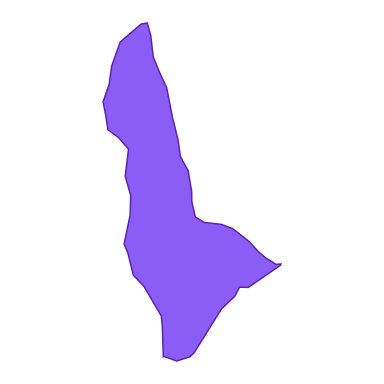 the district of Suhag-2, Suhaj, Egypt
{"feature_id": "37247803B53988405424911", "entity_name": "Suhag-2", "entity_type": "district", "adm_level": 2, "iso_a3": "EGY", "parent_name": "Egypt", "parent_adm1": "Suhaj", "projection": "mercator", "projection_center": [31.705, 26.543], "detail": "fine", "context": "isolated", "style": "filled", "palette": "violet", "viewbox_px": 384, "rotation_deg": 0, "n_neighbors": 0, "source": "geoboundaries", "source_scale": "gbopen_adm2", "svg_char_len": 840}
<svg xmlns="http://www.w3.org/2000/svg" viewBox="0 0 384 384"><path d="M163.3,356.6L163.6,356.3L176.7,361.0L189.9,356.8L194.3,352.5L221.5,308.9L235.0,296.0L239.5,287.2L248.3,287.4L278.0,266.9L280.5,265.2L280.7,264.4L280.9,264.0L276.0,264.4L273.7,262.9L265.9,258.0L258.1,251.5L249.3,241.7L232.7,228.7L221.6,224.4L204.1,222.4L195.8,217.2L195.5,217.1L195.3,216.9L191.8,201.6L191.7,191.7L188.2,170.8L180.4,156.6L179.5,150.2L178.1,140.1L172.4,117.0L166.6,87.4L159.9,73.2L153.2,56.8L150.8,35.9L147.3,23.0L141.2,24.0L120.3,41.9L117.7,49.1L112.2,64.6L111.9,65.4L111.7,66.1L109.2,84.1L103.1,102.0L105.9,116.3L107.9,129.7L118.6,137.6L128.5,149.1L127.6,156.8L125.2,176.0L130.7,195.6L130.1,215.3L124.1,243.9L125.1,246.4L127.8,252.8L133.3,275.1L144.1,286.6L161.3,315.9L162.3,325.8L163.3,356.6Z" fill="#8b5cf6" stroke="#5b21b6" stroke-width="1.5"/></svg>